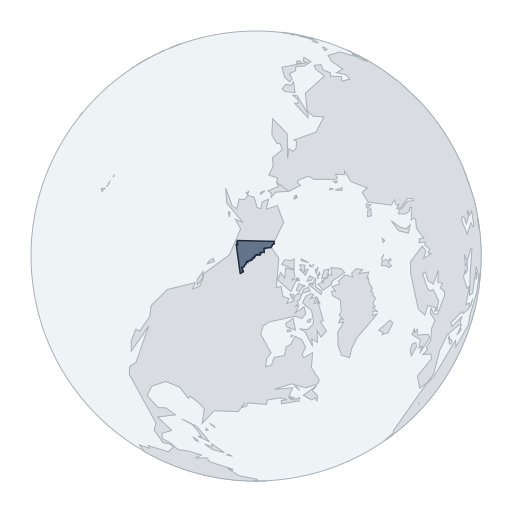 the Earth from above Yukon, rotated 83°
{"feature_id": "CAN-636", "entity_name": "Yukon", "entity_type": "Territory", "adm_level": 1, "iso_a3": "CAN", "parent_name": "Canada", "parent_adm1": "", "projection": "orthographic", "projection_center": [-131.937, 64.827], "detail": "fine", "context": "on_globe", "style": "filled", "palette": "slate", "viewbox_px": 512, "rotation_deg": 83, "n_neighbors": 0, "source": "natural_earth", "source_scale": "10m", "svg_char_len": 14330}
<svg xmlns="http://www.w3.org/2000/svg" viewBox="0 0 512 512"><g transform="rotate(83 256 256)"><circle cx="256" cy="256" r="225" fill="#eef3f6" stroke="#a8b0b8"/><path d="M95.0,413.5L95.5,414.1L95.4,413.9L95.0,413.5ZM436.7,390.5L429.3,394.7L433.7,385.4L431.1,386.0L439.7,366.8L435.8,361.4L432.3,364.1L429.8,371.1L416.4,378.3L409.5,375.6L357.9,396.2L350.3,394.9L346.8,388.0L312.5,371.1L335.3,391.4L325.2,390.2L313.9,384.1L316.4,380.7L303.7,369.1L292.4,366.1L278.5,348.1L275.0,319.4L280.9,322.8L279.4,315.8L271.8,311.3L267.2,310.1L251.6,282.2L227.3,268.0L216.9,272.1L221.3,264.8L199.8,278.6L184.9,277.8L203.4,273.6L206.7,269.2L197.4,265.9L198.7,260.8L194.9,256.4L197.3,250.7L208.0,249.0L209.7,245.4L203.0,243.3L201.2,236.5L210.8,240.1L208.6,228.7L226.0,224.4L249.5,239.8L261.0,233.6L289.9,239.7L289.1,234.7L299.5,234.2L302.3,228.3L306.9,231.4L305.2,224.1L300.5,222.5L298.2,218.8L299.5,215.2L305.5,218.5L305.7,220.7L308.2,219.8L310.6,223.0L310.1,219.4L317.3,223.9L312.1,214.4L319.4,213.7L323.7,218.1L320.6,224.3L323.0,250.7L326.3,257.6L334.1,260.9L354.1,252.8L358.9,257.9L367.3,259.9L365.9,253.9L358.8,250.2L358.3,239.9L349.7,237.0L348.2,232.5L340.5,227.0L344.5,220.9L352.6,217.9L359.2,222.2L362.9,221.1L358.9,211.6L373.4,214.6L386.8,208.3L390.3,210.1L392.9,222.8L387.2,236.4L390.6,254.1L391.3,235.7L399.9,240.8L402.6,238.9L403.7,234.8L401.6,230.2L405.2,230.7L405.8,248.7L402.6,248.6L402.4,242.8L399.8,249.3L400.3,262.1L404.6,263.9L400.8,282.1L403.9,283.8L404.7,288.8L400.1,284.9L408.3,292.5L404.5,316.4L415.6,329.9L401.6,325.9L394.7,330.7L387.2,338.2L389.0,340.5L376.7,347.9L369.5,361.0L372.6,375.5L381.4,381.1L394.5,371.6L395.8,363.9L403.9,355.2L403.8,373.2L418.8,361.0L420.6,371.1L425.8,371.2L431.9,362.8L438.7,356.9L441.5,346.5L446.9,334.4L449.1,340.8L450.4,329.4L454.6,327.1L464.1,306.5L463.9,309.6L472.2,299.2L477.7,282.1L479.0,281.6L478.6,286.7L479.7,280.1L479.7,281.7L480.7,272.5L478.9,288.3L476.1,304.0L472.1,319.5L467.1,334.6L461.0,349.4L453.9,363.7L445.8,377.4L436.7,390.5ZM170.2,401.5L170.3,397.6L173.5,401.1L170.2,401.5ZM168.2,394.6L168.6,396.1L167.8,394.7L168.2,394.6ZM166.2,393.1L167.6,394.2L165.9,393.4L166.2,393.1ZM163.4,391.6L164.9,392.3L164.7,392.4L163.4,391.6ZM417.8,335.6L434.7,324.8L427.8,335.7L428.6,332.6L423.8,334.2L415.6,339.7L408.8,349.4L417.8,335.6ZM159.4,388.1L158.4,387.0L159.9,387.3L159.4,388.1ZM419.2,320.0L416.5,322.5L418.8,319.4L419.2,320.0ZM264.9,310.5L271.5,311.8L277.9,317.8L272.2,317.3L264.9,310.5ZM253.0,298.9L256.4,297.9L257.8,305.3L255.4,303.6L253.0,298.9ZM209.2,276.4L214.3,277.7L208.9,278.2L209.2,276.4ZM194.0,256.8L192.1,258.1L191.0,255.3L194.0,256.8ZM338.8,230.8L339.7,229.0L340.7,230.9L338.8,230.8ZM334.7,230.3L335.2,233.9L333.4,234.2L333.0,232.0L334.7,230.3ZM193.6,244.0L192.3,239.2L195.4,243.8L193.6,244.0ZM334.4,225.8L329.9,234.3L326.6,234.8L322.6,226.8L334.4,225.8ZM192.8,236.3L189.6,225.0L185.1,226.8L195.8,215.5L195.0,228.7L199.6,233.9L195.1,233.2L192.8,236.3ZM298.5,223.5L303.5,225.1L298.2,227.0L298.5,223.5ZM295.6,225.7L282.3,237.5L275.5,233.6L281.3,230.3L271.5,228.1L274.6,220.3L280.7,219.8L284.6,223.8L282.9,217.8L295.6,225.7ZM202.3,211.2L203.1,208.3L204.3,211.0L202.3,211.2ZM296.9,217.5L294.8,220.1L288.7,216.9L291.7,211.0L292.7,213.9L296.9,217.5ZM267.3,231.4L263.3,228.0L264.8,220.8L263.5,218.5L274.1,219.8L267.3,231.4ZM294.8,212.8L293.4,208.1L297.4,206.5L298.5,214.7L294.8,212.8ZM285.9,218.5L283.1,216.7L285.6,215.8L285.9,218.5ZM310.9,198.4L308.6,201.4L305.2,200.0L310.9,198.4ZM292.7,206.4L291.3,207.0L289.7,206.8L289.7,203.5L292.7,206.4ZM274.4,214.6L275.9,212.4L270.1,213.8L271.0,208.5L278.0,210.4L275.3,207.4L275.6,205.8L281.0,209.1L274.4,214.6ZM284.8,199.6L294.0,200.4L299.1,194.9L302.2,196.1L293.5,204.7L284.8,199.6ZM282.1,204.9L284.5,201.8L287.2,204.6L287.2,208.5L282.1,204.9ZM269.1,204.4L265.9,211.9L264.5,211.3L269.1,204.4ZM285.8,197.4L283.6,197.3L285.8,196.7L285.8,197.4ZM273.6,201.6L272.7,204.3L271.1,203.5L273.6,201.6ZM279.9,194.9L282.8,195.1L282.9,197.6L279.9,194.9ZM276.6,197.5L274.6,195.7L281.2,198.4L276.4,198.8L276.6,197.5ZM272.3,200.4L271.0,200.8L272.9,199.4L272.3,200.4ZM277.8,185.2L286.0,188.0L286.3,193.6L278.2,190.1L277.8,185.2ZM453.3,147.2L454.6,150.5L448.8,141.9L445.5,140.4L403.9,102.7L397.6,94.2L367.6,71.1L364.3,68.2L370.6,68.7L350.3,53.7L340.5,50.8L319.4,41.5L303.7,37.3L293.3,38.7L319.1,45.5L320.9,49.0L298.0,45.2L275.1,40.8L275.1,42.1L287.3,47.2L279.8,48.9L291.3,49.5L288.3,47.2L295.5,47.7L298.6,49.8L295.8,50.2L302.1,52.6L313.8,50.4L312.0,47.9L329.8,53.6L328.6,50.0L334.3,51.1L338.5,57.5L336.3,58.5L346.0,70.7L349.9,70.1L341.0,58.7L344.8,61.1L350.0,60.7L349.0,62.9L357.7,76.0L372.3,85.2L394.8,94.1L402.5,101.4L407.1,109.6L394.8,110.4L379.1,94.1L374.5,94.6L374.2,102.4L369.5,96.9L367.4,98.2L361.2,92.9L348.9,90.4L342.0,86.0L333.8,90.1L329.2,88.6L335.3,86.5L335.9,82.9L318.3,73.7L314.0,73.4L310.1,77.0L305.8,74.2L304.3,78.8L292.5,76.7L305.6,83.4L301.4,88.2L292.5,89.9L293.5,92.8L307.9,90.1L311.6,88.1L310.9,84.2L322.9,80.2L329.7,82.4L326.0,91.5L335.2,95.7L328.3,101.4L293.5,104.5L280.7,103.5L266.5,89.9L271.4,86.7L278.9,89.9L275.0,81.8L273.9,84.9L270.3,82.7L265.4,87.2L262.6,85.9L262.6,92.6L258.6,91.5L258.7,87.3L248.0,93.4L238.8,93.1L237.8,95.2L239.2,97.5L226.6,95.8L226.4,97.4L230.4,98.6L232.6,102.6L231.5,109.2L227.2,108.2L227.0,105.7L220.2,99.2L220.3,93.0L218.5,93.3L217.3,98.5L225.7,106.4L226.2,110.6L221.5,107.3L223.3,108.8L222.2,110.7L217.1,111.7L222.0,115.6L216.1,138.3L205.7,142.9L202.1,137.1L193.5,153.0L182.4,157.6L186.1,158.5L184.5,167.2L188.0,165.8L189.6,167.0L187.0,189.3L183.1,194.1L186.2,205.4L188.1,206.0L191.2,203.1L195.8,215.5L185.1,226.8L181.3,224.9L177.2,233.5L169.0,228.0L160.4,227.7L153.9,217.1L147.6,218.1L146.8,221.5L137.6,225.5L121.8,222.7L138.5,210.1L163.0,212.8L153.3,210.2L156.7,206.5L153.9,203.0L147.0,201.8L145.5,204.3L140.4,181.4L126.1,171.7L124.3,182.1L118.3,187.5L100.4,187.1L85.7,166.1L77.6,174.2L73.9,174.9L73.9,168.1L79.3,166.8L83.5,159.8L86.6,160.3L88.3,149.4L92.8,149.7L92.0,141.3L87.0,144.6L83.8,153.9L81.2,147.0L71.9,157.4L65.6,160.0L63.7,148.0L69.6,134.0L68.8,134.1L73.9,127.2L76.5,121.4L63.8,138.4L63.4,139.1L74.6,122.4L87.3,106.8L101.2,92.3L101.4,92.2L113.4,82.2L124.3,73.3L127.2,71.1L141.2,62.2L155.7,54.3L170.8,47.5L186.3,41.8L192.1,40.0L223.1,33.2L226.6,32.8L232.6,32.0L244.0,31.3L249.0,31.7L256.3,31.5L245.2,31.0L261.8,30.8L278.3,31.8L294.8,34.1L302.2,35.9L300.5,36.0L300.8,36.1L304.8,36.4L308.7,38.0L300.7,35.2L316.6,39.0L332.1,43.9L347.2,50.0L361.8,57.1L375.9,65.3L389.3,74.4L402.1,84.5L414.1,95.5L425.3,107.3L435.6,119.9L444.9,133.3L453.3,147.2ZM231.6,32.0L226.9,32.7L225.3,32.8L231.6,32.0ZM421.0,111.8L422.8,112.4L422.8,112.5L421.0,111.8ZM252.5,36.0L237.7,36.5L241.6,39.7L236.2,40.3L239.5,41.2L241.9,39.9L249.6,43.3L242.2,45.0L242.6,47.2L247.6,47.1L259.9,43.6L249.0,38.6L253.6,37.1L252.5,36.0ZM464.3,305.8L465.7,304.5L464.4,307.9L464.3,305.8ZM428.3,340.1L431.2,336.6L433.2,335.8L431.2,339.0L428.3,340.1ZM449.3,307.8L452.0,303.7L449.8,309.2L449.3,307.8ZM437.1,322.8L447.3,311.3L443.0,322.6L436.3,329.9L440.1,323.1L437.1,322.8ZM420.7,326.4L422.9,324.7L423.2,326.8L420.7,326.4ZM420.9,317.8L420.3,318.9L418.6,318.8L420.9,317.8ZM399.9,239.8L399.9,238.3L401.8,234.8L402.2,237.7L399.9,239.8ZM402.0,211.9L407.7,213.3L404.0,214.3L405.7,218.5L400.1,226.0L391.7,211.3L396.5,216.5L402.0,211.9ZM390.2,232.3L394.7,228.9L390.1,233.2L390.2,232.3ZM362.3,111.6L361.3,108.0L365.4,107.6L374.1,114.0L368.3,114.5L362.3,111.6ZM359.0,103.1L352.9,110.8L347.2,107.5L351.4,108.0L348.3,105.0L354.2,105.1L354.7,94.6L358.4,93.6L372.5,105.4L365.9,101.9L367.3,105.5L359.0,103.1ZM347.4,139.2L344.7,143.3L335.9,130.6L339.4,128.4L348.3,134.3L349.4,140.5L347.4,139.2ZM328.2,210.4L327.8,213.3L326.1,212.3L325.1,209.1L328.2,210.4ZM310.1,199.9L328.5,197.1L328.9,200.2L339.2,195.2L344.3,201.4L337.5,204.4L349.1,205.6L344.9,210.8L352.7,210.8L336.9,216.7L333.6,221.7L335.3,213.7L330.8,207.8L327.8,206.8L317.0,207.5L307.8,215.5L301.8,211.2L300.0,206.0L301.3,203.4L304.8,207.0L304.0,201.0L310.1,204.2L310.1,199.9ZM282.6,151.7L286.1,156.2L285.6,146.0L291.7,148.6L291.2,147.3L296.7,147.0L302.5,144.4L304.9,146.4L306.1,144.6L309.8,144.4L312.3,142.6L317.4,145.8L320.9,143.8L321.3,146.5L326.0,142.3L324.8,146.8L329.4,147.3L328.1,142.6L349.5,165.7L359.4,172.3L368.3,175.5L365.0,183.2L354.6,185.4L341.4,184.1L332.4,176.9L332.6,181.9L328.3,179.9L329.9,176.8L324.8,180.5L321.7,178.1L310.0,177.8L304.5,185.0L300.1,185.2L300.7,181.2L295.9,184.2L293.9,176.9L290.7,177.0L285.6,170.0L288.6,162.5L284.8,163.2L280.8,158.1L282.6,151.7ZM276.6,183.0L278.8,173.2L283.2,169.9L290.2,183.5L293.4,184.5L298.0,193.4L291.6,198.0L290.8,195.0L288.6,193.2L291.5,192.5L287.5,191.7L286.4,187.6L283.0,186.0L284.6,183.2L276.6,183.0ZM358.9,66.3L356.0,64.3L351.2,61.7L354.4,61.5L358.9,66.3ZM365.2,75.1L362.3,73.4L364.5,71.6L367.4,73.7L365.2,75.1ZM358.9,74.2L362.0,73.5L362.1,75.2L358.9,74.2ZM332.5,85.4L329.3,84.1L329.7,83.0L332.3,82.6L332.5,85.4ZM282.4,122.8L283.7,125.7L282.3,126.2L280.7,132.7L276.1,131.4L275.3,127.0L282.4,122.8ZM298.7,39.1L304.3,39.5L306.2,40.4L303.9,40.0L298.7,39.1ZM331.5,49.3L324.8,46.1L332.4,49.3L331.5,49.3ZM277.1,122.5L277.0,125.3L274.8,122.9L277.1,122.5ZM272.6,130.9L269.7,128.7L275.3,132.1L272.6,130.9ZM47.3,171.1L46.6,173.5L45.8,175.3L47.0,171.9L47.3,171.1ZM46.3,176.2L45.2,178.1L47.3,173.3L46.3,176.2ZM67.1,135.5L69.9,130.6L70.9,129.7L67.9,135.3L67.1,135.5ZM60.8,162.5L57.3,164.3L56.5,163.9L59.6,160.1L60.8,162.5ZM237.6,117.4L245.0,109.5L247.3,103.4L243.8,99.2L251.9,102.0L248.4,111.4L237.6,117.4ZM219.2,135.7L222.3,139.7L218.9,140.5L217.7,139.7L219.2,135.7ZM222.5,136.3L230.2,136.6L230.6,140.5L224.4,139.5L222.5,136.3ZM253.8,128.5L256.3,126.3L258.1,128.2L253.8,128.5ZM95.4,413.9L92.0,410.4L95.0,413.5L95.4,413.9ZM53.4,354.5L53.7,355.2L54.4,356.5L53.9,355.5L53.4,354.5ZM51.4,350.2L49.5,346.0L49.3,345.6L51.4,350.2ZM50.7,348.7L50.1,347.1L52.4,352.3L50.7,348.7ZM46.4,338.4L49.2,345.3L46.3,338.0L46.4,338.4ZM45.4,335.7L43.8,331.3L43.8,331.2L45.4,335.7ZM40.8,322.1L43.1,329.4L42.1,326.5L40.8,322.1ZM36.0,304.5L37.5,310.3L38.3,313.3L37.3,310.2L36.0,304.5ZM36.4,305.0L37.9,311.3L39.1,316.4L38.9,315.7L36.4,305.0ZM37.8,200.2L39.9,192.5L41.0,188.6L41.2,188.2L39.4,195.7L37.0,203.6L37.2,202.4L37.8,200.2ZM41.0,190.1L42.2,185.5L41.6,189.0L41.0,190.1ZM43.1,183.2L44.3,180.7L42.8,185.3L43.1,183.2ZM40.1,193.1L41.6,191.0L40.0,195.1L40.1,193.1ZM47.5,174.9L42.6,187.1L47.3,173.7L52.1,167.9L50.4,172.9L47.5,174.9ZM67.2,189.1L70.1,187.2L69.9,192.1L67.9,192.0L67.2,189.1ZM71.9,207.2L70.8,192.9L70.4,181.7L68.4,185.6L64.6,184.2L69.8,177.8L73.3,184.7L72.8,193.4L76.9,194.1L79.1,200.5L84.9,198.6L87.2,201.5L81.8,206.0L71.9,207.2ZM87.5,197.5L98.6,197.3L96.3,207.4L93.3,209.7L89.2,205.4L90.7,200.3L87.5,197.5ZM100.6,200.3L102.1,195.5L121.6,186.9L125.2,187.6L109.1,199.1L109.7,195.2L105.3,195.7L100.6,200.3ZM200.6,208.4L202.9,208.3L201.0,210.2L200.6,208.4ZM191.6,166.0L193.5,167.9L191.2,169.9L191.6,166.0ZM197.7,174.3L198.9,170.7L199.4,174.9L197.7,174.3ZM201.3,162.6L200.3,169.4L198.7,162.3L201.3,162.6Z" fill="#d9dde1" stroke="#a8b0b8" stroke-width="1"/><path d="M239.3,273.0L238.5,272.5L238.4,272.5L238.4,272.4L243.7,236.2L243.8,236.2L243.8,236.3L244.1,236.4L244.4,236.5L244.7,236.5L244.8,236.5L245.1,236.5L245.5,236.7L245.3,236.6L245.8,236.9L245.9,237.0L246.1,237.0L246.3,237.4L246.6,237.7L246.7,238.0L246.8,238.1L247.0,238.2L247.1,237.9L247.1,238.0L247.1,238.3L247.2,238.5L247.4,238.6L248.2,239.2L248.3,239.2L248.3,239.3L248.5,239.5L248.8,239.5L249.0,239.6L249.2,239.8L249.3,239.8L249.5,239.8L249.5,239.7L249.3,244.4L249.3,244.5L249.5,244.8L249.6,245.0L249.7,245.3L249.6,245.5L249.7,245.8L249.7,246.1L249.6,246.4L249.5,246.5L249.4,246.5L249.5,246.7L249.4,246.8L249.5,246.9L249.4,247.0L249.5,247.1L253.1,247.4L253.0,247.5L252.8,247.5L252.7,247.5L252.9,247.8L253.0,247.8L253.1,248.0L253.1,248.3L253.1,248.5L253.1,248.8L253.3,249.0L253.2,249.3L253.3,249.4L253.3,249.5L253.2,249.6L253.1,249.8L253.0,250.1L253.3,250.2L253.4,250.3L253.4,250.5L253.4,250.8L253.2,251.0L253.3,251.2L253.3,251.4L253.3,251.5L253.7,251.6L253.7,251.4L253.8,251.4L254.1,251.3L254.4,251.3L254.4,251.5L254.5,251.7L254.9,251.3L255.0,251.3L255.1,251.5L255.3,251.4L255.4,251.5L255.1,251.8L255.0,252.0L255.3,252.3L255.4,252.5L255.5,252.7L255.6,253.0L255.4,253.2L255.4,253.3L255.4,253.6L255.0,253.9L255.0,254.0L254.8,254.2L254.7,254.4L254.6,254.5L254.8,254.7L255.0,254.6L255.0,254.9L255.1,255.0L255.3,255.0L255.2,255.3L255.1,255.5L255.1,255.8L254.9,256.0L255.0,256.2L255.4,256.2L255.6,256.5L255.8,256.5L256.0,256.9L256.1,257.1L256.3,257.1L256.4,257.3L256.3,257.5L256.2,257.6L256.2,257.8L256.4,257.7L256.5,257.8L256.6,257.7L256.8,257.6L256.9,257.4L257.2,257.5L257.3,257.6L257.5,257.8L257.6,258.0L257.7,258.4L257.8,258.5L257.7,258.6L257.7,258.8L257.9,258.9L257.8,259.1L258.0,259.0L258.0,259.3L258.3,259.5L258.6,259.7L258.7,259.8L259.0,260.0L258.9,260.2L258.8,260.3L258.9,260.5L259.1,260.4L259.2,260.5L259.5,260.7L259.5,260.8L259.7,261.2L259.6,261.3L259.6,261.5L259.3,261.8L259.2,261.9L259.2,262.1L259.3,262.1L259.5,262.3L259.7,262.6L259.7,262.8L259.9,262.9L260.1,262.8L260.1,263.1L260.0,263.3L260.0,263.5L259.9,263.6L260.0,263.8L260.1,264.0L260.2,264.3L260.3,264.3L260.4,264.5L260.3,264.8L260.5,264.7L260.7,264.9L260.9,265.0L261.0,265.0L260.8,265.2L260.8,265.3L261.0,265.5L260.9,265.6L260.8,265.8L260.9,266.0L261.0,266.1L260.9,266.3L261.0,266.4L261.2,266.5L261.4,266.5L261.5,266.5L261.8,266.7L262.0,266.5L262.3,266.6L262.6,266.8L262.6,267.0L262.8,267.1L262.8,267.3L262.9,267.5L263.0,267.5L263.3,267.8L263.3,268.0L263.5,268.1L263.7,268.4L263.9,268.5L264.0,268.6L264.5,268.7L265.0,268.9L265.0,269.0L265.2,269.4L265.2,269.6L265.3,269.9L265.3,270.1L265.3,270.3L265.2,270.3L265.3,270.5L265.4,270.4L265.5,270.4L265.5,270.7L265.6,270.9L265.6,271.0L265.7,271.3L265.7,271.5L265.8,271.6L266.0,271.5L266.3,271.4L266.6,271.4L266.8,271.4L266.9,271.2L267.0,271.1L267.3,271.3L267.4,271.2L267.5,270.9L267.9,271.1L268.2,271.1L268.6,271.2L268.9,270.9L269.2,270.9L269.5,270.9L269.5,270.7L269.5,270.4L269.8,270.4L270.0,270.4L270.0,270.5L270.1,270.8L270.3,271.0L270.2,271.1L270.1,271.3L270.0,271.5L270.4,271.9L270.5,272.0L270.8,272.2L271.0,272.4L271.0,272.6L271.1,272.9L271.3,273.2L271.5,273.4L271.5,273.6L271.5,273.8L271.8,273.8L242.0,274.2L241.8,273.9L242.1,273.0L242.2,272.9L241.0,272.8L240.4,273.2L239.5,272.7L239.4,272.7L239.3,272.9L239.3,273.0ZM246.2,236.5L246.5,236.7L246.5,236.8L246.3,236.8L246.2,236.9L246.0,236.7L245.9,236.8L246.1,236.6L246.2,236.5Z" fill="#64748b" stroke="#1e293b" stroke-width="1.5"/></g></svg>